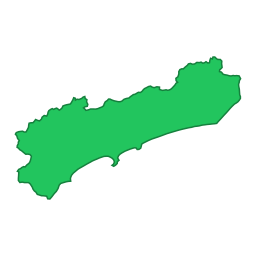 outline of Bertioga, São Paulo, Brazil
{"feature_id": "56859067B23167317644380", "entity_name": "Bertioga", "entity_type": "district", "adm_level": 2, "iso_a3": "BRA", "parent_name": "Brazil", "parent_adm1": "São Paulo", "projection": "robinson", "projection_center": [-46.037, -23.766], "detail": "fine", "context": "isolated", "style": "filled", "palette": "green", "viewbox_px": 256, "rotation_deg": 0, "n_neighbors": 0, "source": "geoboundaries", "source_scale": "gbopen_adm2", "svg_char_len": 3587}
<svg xmlns="http://www.w3.org/2000/svg" viewBox="0 0 256 256"><path d="M240.6,78.7L239.1,75.9L236.6,75.6L234.7,75.8L233.1,75.5L231.1,76.0L229.4,75.8L227.0,75.1L225.1,74.8L223.2,74.3L221.4,72.1L219.5,71.6L219.7,69.7L220.9,68.8L222.1,67.5L221.9,65.7L221.6,63.7L221.8,61.1L220.3,59.5L217.5,59.4L216.1,58.3L214.8,57.0L213.0,57.0L212.4,58.9L210.6,58.3L209.9,60.3L209.5,62.7L207.8,63.0L206.0,61.7L204.6,62.7L202.8,63.2L201.1,62.1L199.3,62.6L196.8,62.4L194.6,64.0L192.3,64.2L190.5,63.4L188.4,63.9L187.4,65.3L184.9,67.3L183.3,68.9L181.8,68.8L179.9,69.6L178.8,71.6L178.8,74.0L177.9,76.8L175.9,78.3L176.1,80.7L177.6,82.3L176.1,83.2L174.8,85.2L173.3,86.8L172.1,88.1L170.7,89.3L169.2,90.0L167.7,90.3L166.1,89.8L164.1,90.2L162.4,90.4L159.5,89.5L159.5,87.1L156.8,86.8L154.1,87.7L152.1,87.1L150.6,86.1L148.6,86.5L146.4,87.7L144.7,88.5L143.5,89.5L142.0,91.4L140.4,92.5L138.4,92.3L136.8,93.2L135.2,94.2L133.3,94.6L131.7,95.8L130.3,96.7L129.0,98.0L126.3,98.5L124.0,99.3L121.8,101.2L120.1,101.7L118.2,101.7L115.9,101.2L114.1,100.8L111.6,99.9L110.0,99.1L108.5,99.1L107.3,100.5L105.3,101.8L104.2,103.9L103.6,105.8L101.9,107.0L100.0,107.7L97.9,108.6L95.7,109.1L92.8,109.0L90.6,109.0L88.3,109.9L85.9,110.4L84.8,109.0L83.5,107.9L85.0,106.8L87.3,106.3L87.8,104.3L86.6,102.0L86.9,99.6L85.2,98.6L84.8,96.5L83.1,97.1L81.7,98.4L79.0,99.5L77.0,99.2L75.4,100.1L75.2,98.2L73.7,97.7L72.9,99.8L71.7,102.0L70.4,104.0L68.4,104.4L66.4,104.8L64.4,105.4L62.9,106.0L62.1,107.9L60.6,109.3L59.3,110.2L58.1,109.1L56.7,108.1L55.1,108.6L53.8,109.4L52.3,108.6L50.8,109.3L48.9,110.6L48.1,112.1L47.7,114.2L46.7,116.1L44.2,115.5L42.1,117.2L41.4,119.2L39.5,120.9L37.6,120.4L35.6,119.5L34.4,121.2L33.0,122.7L30.8,122.8L29.1,123.2L28.7,125.1L28.5,127.3L27.3,129.7L26.1,131.9L24.3,132.1L22.6,131.2L20.7,131.4L18.6,131.7L16.3,132.6L15.4,134.2L16.8,135.8L17.6,138.5L19.3,140.6L18.3,142.1L18.3,143.9L17.3,145.5L17.1,147.4L18.5,148.1L19.6,149.6L21.5,150.7L24.0,152.8L25.7,154.2L28.0,154.1L30.1,154.6L31.4,156.3L30.8,159.1L30.1,161.5L29.0,163.3L27.0,164.8L25.1,166.9L23.7,166.6L22.0,167.4L20.5,168.6L18.7,169.4L17.4,171.3L18.8,171.9L18.7,173.6L18.6,175.6L18.4,178.1L18.4,180.5L19.9,182.5L22.2,182.1L24.5,182.6L26.3,182.6L28.5,182.6L30.1,183.8L31.3,185.6L32.3,187.2L33.0,189.1L34.4,191.0L35.9,192.1L37.3,194.4L39.1,194.9L41.4,195.7L43.7,195.8L46.7,196.2L47.7,198.8L49.9,199.0L51.8,196.8L54.3,193.5L56.3,191.4L58.0,188.6L59.2,185.1L60.8,183.4L63.4,182.6L66.1,181.8L68.2,181.4L70.7,181.2L70.4,178.7L70.8,177.0L71.7,175.0L73.4,173.0L75.1,171.6L76.4,170.5L77.8,169.3L79.2,168.4L80.8,167.5L82.4,166.6L84.5,165.4L86.7,164.1L88.9,162.9L90.4,162.1L92.3,161.0L94.5,160.0L97.0,159.0L99.2,158.0L101.2,157.3L103.9,156.4L106.6,156.2L108.4,156.3L110.4,157.2L112.4,158.4L113.8,160.0L114.4,162.1L113.4,164.3L112.0,165.3L113.7,166.3L115.5,165.2L117.2,163.5L117.4,161.7L119.0,160.3L117.6,158.0L118.6,155.6L120.1,154.1L121.9,152.9L124.9,151.2L127.1,150.3L130.1,149.1L132.6,148.3L134.4,147.8L136.0,147.9L137.2,149.5L138.9,149.4L140.7,148.2L141.3,146.1L141.7,144.1L143.2,143.1L144.6,142.4L146.4,141.5L148.4,140.5L151.6,139.1L153.9,138.3L158.1,136.9L161.4,135.7L167.0,133.6L174.0,131.5L178.8,130.1L182.7,129.1L188.9,127.7L191.5,127.3L193.3,126.8L194.8,126.4L196.9,126.2L199.1,125.9L202.2,125.1L204.8,124.8L206.8,124.5L210.0,124.2L212.6,123.9L214.8,123.7L216.7,123.4L218.0,121.8L220.6,119.0L224.2,115.0L226.4,112.7L227.8,111.1L230.3,108.2L232.1,106.3L234.5,104.0L236.1,103.1L237.9,101.8L239.1,100.4L240.4,98.5L240.4,96.5L239.7,94.8L239.5,92.0L239.3,89.1L238.7,86.2L238.6,84.1L239.2,82.3L239.4,80.6L240.6,78.7Z" fill="#22c55e" stroke="#15803d" stroke-width="1.5"/></svg>